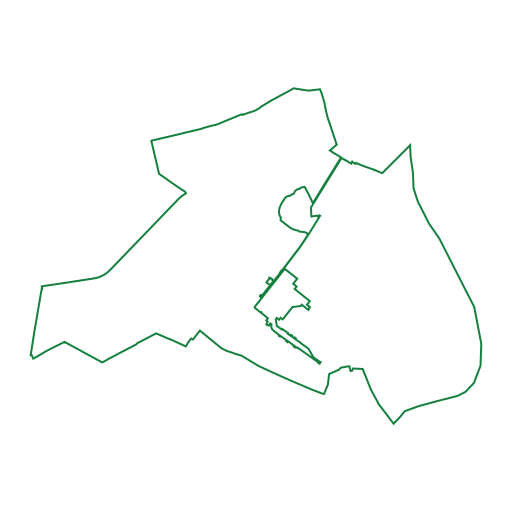 the district of Chiscani, Braila, Romania
{"feature_id": "2599482B97827477335554", "entity_name": "Chiscani", "entity_type": "district", "adm_level": 2, "iso_a3": "ROU", "parent_name": "Romania", "parent_adm1": "Braila", "projection": "orthographic", "projection_center": [27.902, 45.204], "detail": "fine", "context": "isolated", "style": "outline", "palette": "green", "viewbox_px": 512, "rotation_deg": 0, "n_neighbors": 0, "source": "geoboundaries", "source_scale": "gbopen_adm2", "svg_char_len": 5166}
<svg xmlns="http://www.w3.org/2000/svg" viewBox="0 0 512 512"><path d="M393.6,423.7L399.4,417.7L404.8,411.2L418.4,406.2L437.6,401.0L457.8,395.8L461.7,393.8L465.6,391.8L473.9,383.0L480.5,365.8L481.3,343.8L474.2,306.9L465.6,290.1L444.3,248.3L439.5,238.8L434.3,231.2L429.0,223.6L418.9,203.6L418.0,201.9L416.0,195.9L415.2,193.5L413.5,188.2L413.1,176.7L412.9,172.6L410.6,156.8L410.5,154.3L410.1,145.2L407.0,148.4L388.8,166.6L382.2,173.2L377.1,171.0L374.5,169.8L374.4,170.1L372.6,169.2L371.9,169.0L364.2,166.3L359.6,164.5L355.9,162.9L355.4,163.9L354.1,163.1L352.2,161.6L351.2,163.6L345.1,159.9L345.0,160.1L341.5,158.0L320.6,191.8L313.2,203.9L311.3,206.9L311.0,208.1L311.0,209.3L311.1,211.3L311.3,214.9L311.4,216.5L317.0,215.7L318.2,216.9L318.3,216.8L318.5,216.7L319.3,215.3L320.1,215.8L308.3,234.8L301.6,244.8L299.0,248.5L283.9,268.3L279.5,274.0L277.3,277.1L273.8,281.5L271.6,284.3L272.2,284.7L276.1,279.8L277.5,278.0L280.7,273.9L281.3,273.0L281.4,272.9L281.8,272.5L284.7,268.8L297.2,278.7L293.2,283.8L296.6,286.5L294.7,289.0L309.8,301.1L307.0,304.8L309.9,307.0L308.7,308.8L308.9,309.1L308.3,309.9L301.8,304.7L300.9,306.0L292.5,307.0L282.7,319.4L280.6,317.8L279.0,319.7L276.9,318.0L275.8,319.3L276.8,325.9L281.8,329.5L282.2,328.9L288.1,333.1L287.7,333.7L290.3,335.5L290.9,334.8L292.1,335.7L291.6,336.4L294.0,338.1L294.5,337.4L295.7,338.2L295.1,339.0L301.4,343.4L301.3,343.6L308.5,348.7L313.4,357.4L320.4,362.2L320.5,362.2L319.8,363.3L319.6,363.7L319.0,363.3L318.2,362.7L318.4,362.4L311.8,357.7L298.0,347.9L297.7,348.2L295.5,346.7L295.0,347.5L293.7,346.5L294.2,345.7L288.2,341.4L287.6,342.2L286.3,341.3L286.8,340.5L280.4,335.9L280.0,336.5L278.9,335.8L279.3,335.2L272.8,330.0L271.9,328.8L271.6,328.0L271.4,327.4L271.3,326.6L271.3,325.9L271.3,325.2L271.4,324.6L271.5,324.3L270.2,323.4L268.8,325.6L266.4,324.6L267.6,321.5L266.3,320.5L266.6,319.9L267.9,318.3L261.6,313.1L261.6,312.4L261.3,312.2L261.2,312.4L260.8,312.2L260.4,312.3L254.8,307.7L254.6,307.1L256.6,304.5L258.7,301.9L265.7,293.0L268.3,289.7L271.2,286.0L270.6,285.5L267.3,289.5L264.7,292.7L263.1,294.8L261.0,297.6L260.6,297.0L260.3,296.8L260.1,296.6L260.0,296.4L260.0,296.1L260.0,295.8L260.2,295.5L260.4,295.2L260.9,295.0L261.6,295.0L262.3,294.8L262.7,294.7L263.1,294.3L266.1,290.3L269.3,286.5L270.3,285.3L266.4,282.4L268.7,279.4L269.0,279.0L269.3,278.5L269.3,278.3L269.6,278.5L270.0,278.0L270.1,277.8L270.5,278.1L271.7,278.8L272.2,279.2L271.9,279.6L272.1,279.8L272.5,280.2L272.7,280.5L272.9,280.7L273.1,280.5L273.6,280.8L272.5,282.3L271.9,283.0L271.5,283.4L271.1,283.9L271.4,284.1L276.1,278.1L278.1,275.6L279.5,273.8L279.7,273.1L279.9,272.6L280.3,272.0L281.4,270.6L282.3,269.8L282.9,269.3L283.8,268.1L298.8,248.4L301.6,244.5L308.1,234.6L307.0,233.6L306.9,233.3L306.8,232.9L306.7,232.8L306.2,232.7L304.5,232.1L299.3,231.5L299.2,231.3L299.0,231.1L298.4,230.8L294.7,229.8L292.4,229.0L291.3,228.3L291.0,228.2L289.3,227.0L285.3,224.0L280.6,220.3L280.8,217.4L279.8,215.8L279.4,214.8L279.0,212.1L279.1,210.8L279.3,209.0L279.5,208.2L280.3,206.0L281.5,203.5L282.5,201.9L283.5,200.5L284.2,199.4L284.9,198.2L286.4,196.7L288.9,195.8L289.1,196.0L289.6,195.9L291.4,194.8L291.4,194.7L294.0,193.4L294.8,191.3L297.4,189.2L299.1,189.0L300.9,187.6L303.5,187.1L304.6,186.9L305.8,188.9L306.2,189.8L308.1,193.2L312.9,203.2L323.7,185.5L341.1,157.4L332.9,152.5L332.9,152.4L329.9,150.5L336.8,144.6L336.3,143.5L333.6,135.3L332.4,131.7L329.4,122.7L328.4,119.8L328.1,119.1L327.8,118.0L327.0,115.1L326.2,111.6L325.3,107.6L324.3,102.3L321.7,93.5L321.2,92.1L319.9,89.3L309.7,90.5L308.4,90.6L302.8,89.8L300.3,89.4L293.7,88.3L287.2,92.0L280.2,95.7L271.6,100.3L261.7,106.3L259.3,108.2L256.8,109.6L256.4,110.0L254.5,110.8L251.6,111.8L250.1,112.3L249.0,112.6L242.6,114.9L242.1,114.3L241.2,114.5L226.6,120.5L218.6,123.8L216.7,124.5L210.7,126.0L202.9,128.1L202.6,128.5L194.8,130.4L185.9,132.5L179.1,134.2L163.7,137.8L151.8,140.6L151.3,140.8L153.6,150.5L155.9,160.2L159.0,173.6L159.2,174.0L167.4,179.6L167.5,179.8L174.1,184.4L180.8,189.0L184.0,191.0L185.3,192.1L186.0,193.3L182.5,195.6L181.0,196.7L179.4,198.1L170.4,207.4L133.8,245.4L111.5,268.5L108.9,271.1L106.8,272.9L104.5,274.5L101.7,276.0L99.5,277.0L97.2,277.7L94.1,278.4L63.5,283.1L45.9,285.7L41.8,286.4L41.9,286.9L42.0,288.3L42.1,288.9L41.7,289.1L40.6,295.1L37.6,312.7L34.4,331.4L33.0,340.4L30.7,355.1L31.6,354.9L33.2,358.6L34.1,358.2L39.5,355.1L46.3,351.1L49.9,349.2L64.5,341.9L64.8,342.5L65.2,342.3L80.2,350.4L81.4,351.1L96.3,359.2L102.2,362.4L103.8,361.6L109.4,358.5L111.1,357.6L118.5,353.7L121.1,352.3L126.8,349.3L136.1,344.5L137.3,343.2L156.2,333.4L169.4,339.1L169.8,339.3L169.9,339.1L185.8,346.4L188.4,342.1L191.2,338.5L193.0,339.5L199.9,330.6L221.5,348.3L222.4,348.7L225.7,350.4L227.4,351.1L232.9,352.9L234.8,353.7L241.4,355.6L252.7,362.4L258.6,366.0L270.1,371.3L281.3,376.4L294.7,382.3L311.9,389.6L321.4,393.3L321.8,393.4L324.0,394.0L327.9,384.6L328.8,376.7L329.2,374.0L331.1,373.2L339.4,369.5L340.1,368.4L340.6,367.9L341.4,367.6L342.2,367.4L343.2,367.3L343.8,367.2L344.6,366.9L349.4,366.3L350.5,371.0L352.1,370.8L353.0,368.5L354.6,368.6L362.7,369.0L366.8,379.3L370.9,389.6L372.9,393.3L379.0,404.5L385.2,412.6L391.6,421.1L393.6,423.7Z" fill="none" stroke="#15803d" stroke-width="2"/></svg>